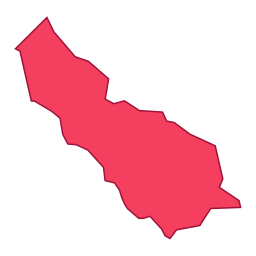 outline of Richmond, Virginia, United States of America
{"feature_id": "52423323B34545641874308", "entity_name": "Richmond", "entity_type": "district", "adm_level": 2, "iso_a3": "USA", "parent_name": "United States of America", "parent_adm1": "Virginia", "projection": "orthographic", "projection_center": [-76.731, 37.958], "detail": "fine", "context": "isolated", "style": "filled", "palette": "rose", "viewbox_px": 256, "rotation_deg": 0, "n_neighbors": 0, "source": "geoboundaries", "source_scale": "gbopen_adm2", "svg_char_len": 648}
<svg xmlns="http://www.w3.org/2000/svg" viewBox="0 0 256 256"><path d="M15.4,48.8L20.0,51.1L31.3,101.0L34.5,101.1L51.4,111.1L60.0,118.1L62.8,134.4L67.8,144.0L76.2,144.7L87.9,150.1L103.5,167.4L105.1,180.6L114.6,182.9L119.4,189.9L122.2,198.8L125.3,205.3L127.9,209.0L138.8,218.3L143.4,218.3L150.0,216.3L161.5,228.9L165.2,235.9L170.0,238.5L176.5,229.9L199.8,225.5L210.7,208.5L240.6,207.4L239.0,200.6L219.4,187.4L222.8,178.8L215.2,145.8L189.9,134.2L174.1,122.5L166.7,121.1L162.5,112.1L139.3,110.6L124.4,100.8L113.9,103.7L105.2,99.2L108.6,78.9L88.4,61.3L75.2,56.8L53.9,31.9L46.9,17.5L15.4,48.8Z" fill="#f43f5e" stroke="#9f1239" stroke-width="1.5"/></svg>